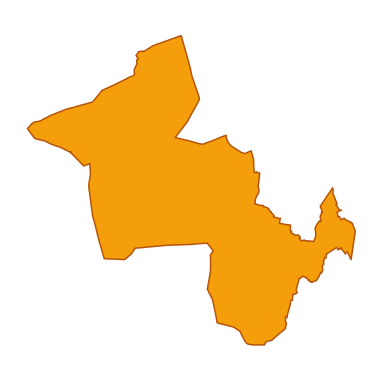 Dinkelland, Overijssel, Netherlands, rotated 267°
{"feature_id": "6326949B33383901322774", "entity_name": "Dinkelland", "entity_type": "district", "adm_level": 2, "iso_a3": "NLD", "parent_name": "Netherlands", "parent_adm1": "Overijssel", "projection": "orthographic", "projection_center": [6.904, 52.371], "detail": "fine", "context": "isolated", "style": "filled", "palette": "amber", "viewbox_px": 384, "rotation_deg": 267, "n_neighbors": 0, "source": "geoboundaries", "source_scale": "gbopen_adm2", "svg_char_len": 5484}
<svg xmlns="http://www.w3.org/2000/svg" viewBox="0 0 384 384"><g transform="rotate(267 192 192)"><path d="M78.5,286.5L81.6,287.0L84.3,287.3L84.3,287.7L84.3,288.0L84.6,289.0L85.8,291.8L88.6,290.9L99.8,294.4L99.9,295.1L100.1,295.4L102.1,298.3L100.3,301.5L100.5,301.8L99.9,302.0L98.6,303.3L98.3,303.5L98.1,303.3L97.6,304.7L97.6,304.8L97.2,304.7L97.1,304.8L96.9,304.6L96.7,304.7L96.4,304.8L96.4,305.1L96.2,306.3L95.7,306.4L95.6,307.3L96.3,308.9L96.8,310.1L96.9,310.7L96.9,311.3L97.8,312.1L98.6,312.6L99.3,313.3L99.7,313.6L104.8,316.3L104.3,317.1L107.6,318.6L110.3,318.2L111.4,318.3L111.9,318.7L112.9,319.8L113.9,319.8L114.8,319.6L115.9,320.0L116.0,319.7L119.6,321.1L119.5,321.5L119.0,322.2L122.5,323.1L122.8,322.8L123.1,323.2L124.1,324.9L124.3,325.5L124.5,325.7L125.6,327.5L126.5,329.1L126.9,329.7L127.4,330.7L128.0,331.8L128.2,332.0L128.5,332.5L128.8,332.9L128.8,333.0L129.0,333.5L128.1,334.0L127.5,334.3L126.7,334.7L127.6,336.2L127.1,336.6L127.3,336.8L127.3,337.0L127.5,337.2L128.2,337.7L128.5,338.0L128.4,338.1L127.6,338.6L125.9,339.0L125.8,339.4L125.6,339.7L122.2,341.9L123.0,342.3L124.0,343.8L118.9,346.4L117.4,346.5L117.7,346.9L117.6,347.1L116.9,347.5L140.7,352.3L144.8,353.0L148.5,351.7L152.9,350.1L153.3,349.4L153.1,349.3L153.5,348.4L153.8,348.5L157.0,342.7L157.8,342.5L156.5,339.2L159.7,337.9L159.7,336.3L161.3,336.5L161.7,336.4L164.3,335.8L166.0,339.9L166.7,338.6L166.7,337.9L171.8,335.2L172.3,336.2L174.5,335.6L183.4,332.6L186.8,333.1L188.6,332.5L188.2,332.2L184.5,329.5L184.5,329.4L182.7,328.0L171.0,319.3L165.9,321.1L165.3,320.2L164.5,320.7L164.3,320.5L163.5,320.2L163.3,319.9L162.7,319.5L161.3,318.9L160.3,318.7L159.3,318.8L157.6,319.2L157.0,319.1L156.7,319.1L156.4,319.0L156.1,318.9L155.9,318.8L155.8,318.6L155.8,318.4L155.7,318.4L155.8,318.1L155.9,317.8L155.9,317.6L156.3,317.4L156.0,317.0L155.8,317.1L155.2,316.8L153.2,315.1L151.8,314.4L151.4,313.9L149.2,313.1L148.9,313.0L148.6,313.0L145.8,313.4L142.0,313.3L141.9,313.3L141.7,313.3L139.4,312.5L136.3,311.0L136.2,310.9L136.9,307.0L136.9,306.7L136.9,306.3L137.2,305.4L137.0,303.4L137.0,303.1L137.3,303.0L137.7,302.7L137.9,302.2L138.0,302.0L138.0,301.0L137.7,301.0L137.8,298.3L138.2,298.2L140.0,296.7L140.2,297.0L140.6,297.4L140.8,297.6L141.3,297.7L141.5,297.6L142.5,296.7L143.0,296.6L143.6,295.2L143.5,294.6L143.5,293.6L143.5,291.9L144.4,291.5L144.8,291.4L145.0,291.3L145.1,291.1L145.4,289.6L145.4,289.4L145.8,288.9L147.4,289.3L147.6,289.4L147.9,288.9L148.2,288.2L148.3,288.1L153.8,288.7L154.7,283.5L156.3,277.7L160.8,278.7L160.7,278.5L162.3,274.4L162.2,274.2L162.7,272.3L162.8,272.3L162.9,272.1L164.2,272.7L166.9,270.5L167.6,270.2L167.4,270.1L167.9,269.5L170.8,267.6L171.2,267.9L171.3,267.9L172.2,266.5L172.6,265.7L173.3,263.8L173.6,262.8L173.6,262.6L174.6,262.7L174.8,262.2L174.9,261.1L175.0,260.5L175.1,259.4L175.1,259.1L175.2,258.8L177.1,254.0L178.0,254.4L178.6,254.5L180.5,254.8L181.1,254.9L181.8,255.1L183.5,255.8L185.3,256.9L185.9,257.3L186.7,257.9L187.5,258.3L188.1,258.6L190.1,258.9L190.4,258.9L190.8,258.9L192.4,258.7L192.8,258.6L193.0,258.6L194.3,258.5L194.5,258.4L201.6,259.8L202.7,260.0L206.7,260.5L207.4,260.6L207.6,260.4L206.9,259.7L207.6,258.7L208.3,258.2L208.7,257.7L208.5,257.4L208.4,257.3L208.2,257.1L208.1,256.0L208.3,255.9L208.4,255.2L210.4,255.2L212.4,255.0L221.6,255.2L230.0,253.2L227.6,246.7L228.0,245.6L229.3,242.7L235.2,234.5L235.8,233.8L238.1,231.7L242.4,229.6L246.7,229.0L245.8,225.2L243.1,217.8L241.9,214.5L241.1,211.6L241.0,211.0L240.8,210.6L240.8,210.4L239.9,207.8L239.8,207.5L239.1,205.1L240.1,200.8L240.2,200.7L243.3,191.6L243.4,191.2L243.7,190.5L243.7,190.4L244.8,186.3L247.3,178.1L261.8,190.6L273.0,197.5L279.3,201.5L284.2,204.3L287.3,203.8L304.6,198.9L308.1,197.9L316.0,196.7L327.7,194.2L342.8,190.7L348.5,189.5L348.4,188.2L340.2,160.8L335.2,151.9L334.7,151.2L334.9,151.2L335.1,151.0L335.2,150.7L335.3,149.7L335.1,149.0L335.1,148.3L335.2,148.0L334.9,146.0L332.1,144.1L331.5,143.3L330.6,143.6L330.0,143.9L329.9,143.9L329.6,144.2L329.2,144.5L327.8,145.2L327.4,144.3L327.1,144.0L327.0,143.9L326.4,143.7L323.2,143.7L322.9,143.7L319.0,141.7L318.3,141.2L318.0,141.0L317.7,140.9L317.2,140.8L314.9,140.6L314.0,140.7L312.7,140.9L312.3,140.7L311.3,139.5L311.0,139.0L310.9,138.6L309.8,135.1L309.7,134.5L309.5,134.2L309.3,133.9L309.0,133.5L308.8,133.2L304.8,123.9L304.3,122.8L304.2,122.6L303.5,121.0L298.2,107.5L287.0,97.4L284.1,83.8L282.6,77.3L281.3,71.1L276.2,55.6L270.7,43.5L270.1,38.0L268.0,34.9L263.8,31.0L253.7,37.7L253.7,37.8L252.4,41.9L252.2,42.0L252.3,42.2L252.3,42.4L250.7,47.5L246.8,54.7L246.2,56.2L243.2,63.5L238.2,72.2L238.5,72.8L238.3,73.0L238.5,73.2L238.1,73.8L237.9,73.7L237.6,73.5L237.4,73.2L223.6,85.3L225.6,91.4L215.1,91.6L204.9,89.3L200.7,89.3L192.9,90.0L178.6,91.1L173.6,91.5L163.5,93.7L154.9,95.3L147.0,96.9L130.0,100.9L129.6,104.7L129.1,111.2L128.2,119.2L128.1,121.3L129.5,123.2L133.2,128.1L138.9,132.4L139.1,140.6L139.2,141.7L139.3,143.6L140.1,164.7L139.7,187.0L139.7,189.7L140.0,194.7L140.1,204.5L132.2,210.1L131.9,210.0L128.3,207.1L117.5,206.7L112.3,206.3L105.1,204.8L94.2,202.2L83.4,206.9L70.3,209.0L60.0,210.3L54.9,226.5L52.9,229.3L50.5,232.5L41.8,236.3L39.2,237.6L38.1,238.7L37.1,240.0L36.1,244.8L35.5,256.2L38.6,258.3L39.3,261.3L39.7,263.7L46.5,272.4L50.3,277.7L51.2,278.1L51.7,278.2L52.2,278.6L52.5,278.6L53.1,278.3L53.4,278.4L53.6,278.6L54.0,278.6L54.4,279.0L55.7,279.5L56.8,279.0L58.2,278.7L59.0,278.7L59.5,278.7L62.4,278.9L61.6,280.3L64.4,280.8L72.9,283.8L77.0,284.7L78.6,284.9L78.6,285.7L78.5,286.5Z" fill="#f59e0b" stroke="#b45309" stroke-width="1.5"/></g></svg>